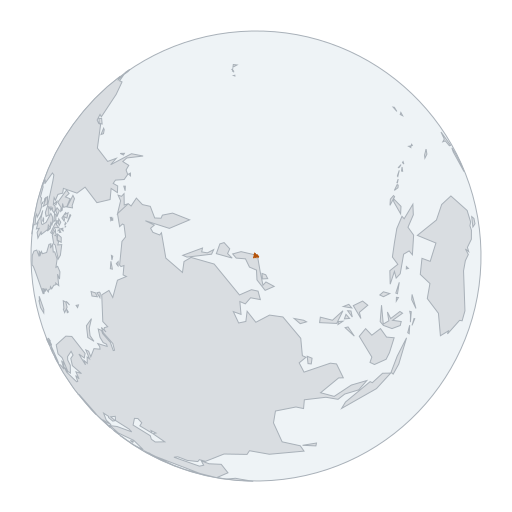 Chiba highlighted on a globe, orthographic projection, rotated 266°
{"feature_id": "JPN-1855", "entity_name": "Chiba", "entity_type": "Prefecture", "adm_level": 1, "iso_a3": "JPN", "parent_name": "Japan", "parent_adm1": "", "projection": "orthographic", "projection_center": [140.102, 35.49], "detail": "fine", "context": "on_globe", "style": "filled", "palette": "amber", "viewbox_px": 512, "rotation_deg": 266, "n_neighbors": 0, "source": "natural_earth", "source_scale": "10m", "svg_char_len": 12062}
<svg xmlns="http://www.w3.org/2000/svg" viewBox="0 0 512 512"><g transform="rotate(266 256 256)"><circle cx="256" cy="256" r="225" fill="#eef3f6" stroke="#a8b0b8"/><path d="M394.9,403.2L394.8,404.2L394.5,404.4L394.9,403.2ZM444.9,133.3L440.8,130.3L448.6,139.1L450.7,142.6L450.9,143.1L448.8,141.0L446.4,137.1L440.3,132.1L439.0,134.5L427.0,127.8L405.6,111.4L408.1,110.3L402.7,107.0L399.1,108.4L398.2,110.2L374.7,105.3L360.7,114.6L363.2,123.4L357.2,117.4L366.7,138.9L363.6,150.4L362.8,133.9L359.5,129.7L355.3,135.4L350.9,132.4L346.3,133.7L341.5,129.8L341.5,121.1L338.4,118.6L335.5,122.9L328.9,122.2L333.5,116.2L322.5,114.4L320.3,101.0L336.6,90.3L331.2,81.8L336.9,68.6L332.2,67.5L331.3,62.7L325.6,59.8L328.3,58.7L321.4,57.4L320.0,59.0L316.6,59.1L313.0,57.7L315.8,55.9L318.0,56.3L317.0,55.1L319.9,54.9L316.5,54.3L320.3,52.6L311.4,52.3L310.1,49.4L314.0,48.9L320.3,51.5L345.0,58.6L350.9,60.0L353.0,58.7L342.8,50.3L346.5,51.1L346.7,50.3L341.6,48.3L339.6,48.4L330.1,45.1L328.8,46.2L324.8,45.2L320.7,45.8L314.2,43.2L310.0,40.5L313.0,40.1L311.3,39.1L302.6,37.8L302.6,36.1L293.3,33.8L309.9,37.3L326.2,41.9L342.1,47.8L357.5,54.9L372.4,63.1L386.6,72.4L400.0,82.8L412.6,94.1L424.4,106.3L435.2,119.4L444.9,133.3ZM447.9,250.4L446.0,246.2L448.6,246.7L447.9,250.4ZM443.9,245.1L444.7,246.2L443.8,245.6L443.9,245.1ZM442.5,245.6L443.5,245.3L442.6,246.2L442.5,245.6ZM440.9,247.0L441.7,246.0L441.7,246.3L440.9,247.0ZM437.8,247.5L437.0,247.5L437.6,246.2L437.8,247.5ZM398.4,111.7L399.5,108.8L404.3,109.0L403.9,111.6L398.4,111.7ZM388.7,112.4L388.0,109.9L394.1,112.9L392.6,113.4L388.7,112.4ZM366.0,130.8L367.8,127.7L367.6,131.9L366.0,130.8ZM346.6,134.6L347.5,136.5L344.7,136.4L346.6,134.6ZM324.6,47.3L322.7,46.6L324.5,46.8L324.6,47.3ZM324.6,48.4L328.0,49.3L328.5,49.9L326.4,49.4L324.6,48.4ZM334.8,130.5L330.2,130.0L334.9,129.0L334.8,130.5ZM320.4,47.3L329.0,51.0L329.8,52.3L322.6,51.4L320.4,47.3ZM327.4,128.7L316.1,128.1L317.1,132.2L307.9,120.8L320.6,124.8L326.3,122.7L324.9,126.0L327.4,128.7ZM321.1,60.1L322.4,58.4L324.6,61.2L321.1,60.1ZM323.4,62.0L335.0,71.6L331.4,73.9L328.2,70.0L326.1,74.5L318.6,70.8L318.0,67.5L321.9,66.7L316.1,66.0L323.4,62.0ZM304.6,114.9L301.8,113.7L304.7,113.3L304.6,114.9ZM315.3,59.4L318.0,60.9L315.0,63.0L309.1,60.2L312.0,60.4L315.3,59.4ZM329.2,77.6L325.9,78.9L319.0,76.1L316.8,76.3L318.1,70.9L329.2,77.6ZM310.9,59.3L306.2,58.9L304.4,56.7L312.5,58.0L310.9,59.3ZM316.7,64.7L315.1,65.6L314.1,64.2L316.7,64.7ZM295.4,49.6L298.7,51.1L297.4,52.2L295.4,49.6ZM304.6,58.9L305.2,59.6L305.1,60.3L301.7,59.7L304.6,58.9ZM313.1,69.5L310.8,68.3L312.2,71.6L307.0,70.0L308.8,66.8L305.9,67.5L304.3,67.0L307.5,65.0L313.1,69.5ZM297.9,61.3L298.4,57.1L292.6,54.0L293.6,52.8L302.8,58.1L297.9,61.3ZM303.3,63.6L300.2,61.8L302.9,61.1L306.8,61.8L303.3,63.6ZM302.8,70.2L310.3,73.4L309.6,74.1L302.8,70.2ZM295.7,60.4L295.6,61.5L294.9,60.3L295.7,60.4ZM300.0,67.3L302.7,68.2L301.9,68.9L300.0,67.3ZM293.2,62.9L293.3,61.5L295.9,61.9L293.2,62.9ZM295.9,65.0L294.1,65.7L296.8,62.9L297.2,65.3L295.9,65.0ZM298.8,67.8L299.2,68.5L297.8,67.3L298.8,67.8ZM283.2,62.6L285.9,58.9L291.7,59.6L288.2,63.0L283.2,62.6ZM86.6,107.5L75.7,121.3L70.6,130.1L80.6,121.2L89.0,106.4L97.0,98.5L95.6,105.5L89.2,119.8L92.2,117.3L101.7,104.4L105.9,104.4L105.7,99.8L101.6,104.1L101.3,101.6L105.1,97.7L106.4,97.6L109.9,93.0L102.7,95.2L97.7,99.7L103.5,91.4L95.8,98.5L95.3,98.3L108.2,86.5L111.2,84.3L130.4,69.8L127.7,71.2L109.4,85.3L112.6,82.5L108.9,85.3L109.2,85.1L114.2,81.0L134.8,66.1L138.1,64.1L153.2,55.5L169.0,48.2L163.8,50.5L166.5,49.4L160.8,52.2L161.0,53.4L156.5,56.5L164.5,54.9L163.2,56.5L158.8,56.8L153.4,59.0L143.0,68.3L143.3,69.4L149.4,67.8L145.8,70.9L153.0,68.3L150.9,73.7L159.4,65.2L166.8,64.1L169.9,66.6L173.8,64.9L168.8,61.0L165.4,60.9L160.0,63.1L152.1,62.7L154.0,60.2L168.0,55.5L172.2,51.7L181.3,50.5L189.3,60.7L188.6,66.6L170.7,78.7L166.3,77.6L170.5,72.5L159.3,78.3L163.7,77.3L160.7,80.2L167.0,80.5L165.1,82.7L174.2,79.7L172.7,82.4L167.0,84.2L174.9,87.9L173.9,93.9L176.5,93.8L179.7,92.0L176.2,101.2L178.4,100.8L180.3,97.5L185.8,94.7L194.2,93.5L192.5,96.7L189.3,97.6L180.0,104.7L171.6,107.0L171.8,108.3L178.7,107.1L190.0,98.4L195.5,96.8L190.7,101.1L192.9,99.4L195.1,99.7L195.8,103.1L201.3,98.6L228.0,99.4L231.9,106.9L224.6,110.2L241.5,116.1L244.6,125.3L246.4,122.1L255.7,123.6L254.9,120.6L256.4,119.3L279.9,123.3L284.1,127.2L296.3,126.5L297.2,125.0L294.8,122.0L307.9,120.8L317.1,132.2L314.6,134.9L322.1,140.7L315.2,146.3L312.9,154.0L301.0,157.6L300.3,163.9L303.3,165.5L304.6,175.8L296.7,192.3L289.6,171.5L298.9,148.1L293.9,156.7L291.0,152.8L286.8,154.8L283.7,161.4L285.8,163.3L260.2,165.9L244.7,181.5L255.5,183.8L259.1,191.1L250.9,213.7L218.3,236.8L222.7,249.1L220.8,255.6L212.2,257.3L214.7,247.7L209.0,242.0L211.7,236.7L198.8,237.0L202.1,229.5L190.4,234.0L191.4,241.3L201.5,243.3L189.9,251.2L196.1,265.4L193.3,278.6L170.8,294.9L153.3,295.3L151.5,298.8L146.4,291.6L136.8,295.8L143.9,322.7L142.7,328.8L128.4,334.6L128.6,329.9L115.1,310.9L110.5,324.2L120.6,342.1L124.0,357.8L115.3,349.1L112.1,334.9L107.3,327.8L110.2,315.9L109.2,294.2L100.5,292.8L102.6,285.3L100.0,264.6L88.3,261.8L68.8,269.1L63.6,286.9L58.0,290.3L57.3,255.5L62.2,235.9L58.7,233.2L60.7,210.3L54.7,191.3L56.8,185.3L55.0,183.6L56.9,173.1L61.2,163.9L61.0,160.1L50.3,184.9L50.9,189.2L55.4,187.2L52.0,194.7L50.6,206.8L41.7,212.9L37.6,201.2L42.1,186.8L64.4,138.9L66.5,136.3L66.8,135.9L67.3,135.0L64.3,138.6L69.8,130.3L52.7,159.5L47.7,170.4L37.5,201.6L37.3,202.2L35.5,210.5L35.7,220.0L34.6,224.2L31.5,237.1L31.5,237.5L33.4,221.7L36.3,206.0L40.4,190.6L45.6,175.5L51.8,160.8L59.1,146.6L67.3,132.9L76.5,119.9L86.6,107.5ZM77.5,142.5L77.0,152.0L85.9,140.8L86.4,143.8L89.2,139.1L86.5,140.0L94.7,128.3L97.6,130.4L102.1,126.8L102.5,123.4L95.9,121.6L84.1,138.0L80.5,138.8L77.5,142.5ZM187.1,42.3L182.5,43.9L180.7,44.1L186.5,41.7L189.2,41.2L187.1,42.3ZM176.4,46.2L188.7,43.1L185.6,44.9L185.3,44.3L182.0,45.8L180.5,45.4L165.5,50.8L162.9,51.5L175.0,45.8L172.5,47.0L177.2,45.2L176.4,46.2ZM225.7,36.9L231.0,36.9L217.4,40.6L214.0,40.3L219.6,37.5L226.9,36.3L225.7,36.9ZM306.0,45.7L308.9,46.4L308.1,46.8L305.0,46.4L306.0,45.7ZM297.1,50.2L292.4,43.2L295.5,43.5L289.1,39.7L294.8,39.3L298.7,41.7L298.3,38.8L304.1,40.8L302.9,39.0L311.2,44.3L316.4,46.5L308.4,44.1L303.1,44.3L302.3,45.1L304.2,49.0L312.8,54.3L308.9,55.8L303.8,55.5L301.1,54.5L304.5,53.7L298.5,52.9L301.4,51.0L297.1,50.2ZM246.7,58.4L251.7,56.7L240.2,57.2L242.9,54.3L241.4,54.5L240.8,52.2L237.5,49.9L239.7,48.8L237.4,48.4L237.0,47.1L234.6,46.3L237.8,44.3L235.2,43.2L238.2,42.9L232.8,41.8L238.2,41.8L238.2,40.4L232.9,41.1L255.9,34.8L261.3,33.1L262.8,31.9L272.0,32.8L276.4,34.8L277.2,37.7L270.7,39.6L276.0,40.0L274.5,41.1L270.9,40.4L275.5,42.3L273.2,43.1L274.1,47.4L282.0,50.3L282.5,52.2L278.2,51.5L281.7,53.9L274.1,54.0L274.2,55.5L266.9,57.4L258.6,55.6L259.5,57.4L253.9,59.3L246.7,58.4ZM280.9,63.0L270.4,60.9L266.8,58.5L281.1,56.4L282.0,55.1L291.1,54.2L296.1,57.8L293.1,57.7L291.3,58.4L290.4,57.0L289.8,58.7L285.6,58.7L283.9,60.1L280.9,59.0L280.9,63.0ZM131.2,68.5L130.2,69.1L131.2,68.5ZM157.8,57.8L156.7,59.1L154.9,59.8L153.7,59.7L157.8,57.8ZM212.9,61.2L216.4,60.1L217.0,60.7L224.8,60.6L223.4,63.0L218.1,64.0L212.9,61.2ZM79.7,120.6L78.7,120.2L80.6,117.7L80.5,118.3L79.7,120.6ZM92.1,101.7L87.3,107.3L91.5,102.3L92.1,101.7ZM212.6,63.8L216.0,63.4L213.2,64.9L212.6,63.8ZM222.7,64.8L220.1,66.6L224.1,63.3L222.7,64.8ZM175.9,406.8L182.6,409.3L182.4,410.0L175.9,406.8ZM168.9,402.0L176.3,404.5L167.8,403.4L168.9,402.0ZM179.2,405.4L186.8,406.0L190.1,405.5L189.6,407.0L179.2,405.4ZM163.9,400.5L138.3,390.9L128.6,384.6L130.5,382.6L146.3,389.9L163.9,400.5ZM129.8,382.2L115.3,366.9L98.0,330.8L104.1,335.1L122.7,361.1L121.5,363.2L130.2,374.1L129.8,382.2ZM166.0,380.6L164.8,388.1L150.3,382.4L143.9,378.6L139.5,366.6L141.9,362.3L147.1,364.5L168.7,353.4L175.9,360.3L168.9,366.0L174.9,375.1L166.0,380.6ZM63.9,289.2L65.2,303.3L62.4,302.5L63.9,289.2ZM178.8,342.9L169.2,348.5L178.3,339.9L178.8,342.9ZM184.9,333.7L184.9,338.2L181.9,333.0L184.9,333.7ZM150.1,304.8L144.5,303.6L145.0,300.4L152.4,300.1L150.1,304.8ZM191.0,289.7L188.6,299.0L186.8,301.8L185.4,295.4L191.0,289.7ZM205.0,87.5L195.7,84.6L188.1,84.9L182.2,88.4L186.5,82.5L198.3,82.0L205.0,87.5ZM225.3,97.4L230.4,94.8L230.9,97.2L229.8,98.1L225.3,97.4ZM226.4,94.9L227.5,89.6L232.1,89.0L230.4,93.3L226.4,94.9ZM219.6,75.5L217.0,74.4L219.3,73.1L219.6,75.5ZM346.1,460.0L350.3,458.9L344.4,462.2L335.6,466.1L325.7,469.4L346.1,460.0ZM272.9,476.7L269.8,474.4L280.3,473.9L278.3,476.0L272.9,476.7ZM352.5,456.6L357.6,452.9L356.9,450.3L359.5,452.0L366.8,449.2L352.8,457.9L352.5,456.6ZM226.7,462.0L186.7,460.6L177.0,457.1L177.6,454.6L164.9,441.6L167.9,442.8L163.6,434.4L186.1,434.0L201.6,423.9L216.4,427.6L226.2,418.6L242.1,421.4L238.5,429.4L256.4,436.4L265.3,418.4L279.3,438.5L294.4,444.8L302.3,454.6L286.7,469.8L274.9,472.5L271.3,471.5L266.7,472.7L257.7,472.0L249.9,467.5L245.5,468.5L248.4,465.4L242.7,467.9L236.7,464.5L226.7,462.0ZM341.8,431.3L344.9,431.2L350.8,433.1L345.7,433.6L341.8,431.3ZM387.1,409.7L389.1,410.5L385.7,412.1L387.1,409.7ZM394.5,404.4L390.4,406.6L394.9,403.2L394.5,404.4ZM354.8,418.2L356.6,419.0L355.4,419.7L354.8,418.2ZM353.4,418.0L354.8,415.9L355.0,417.8L353.4,418.0ZM337.4,409.9L339.0,408.6L339.9,409.3L337.4,409.9ZM192.5,411.9L201.5,408.3L206.8,409.0L192.5,411.9ZM334.6,407.9L330.3,408.2L330.6,407.1L334.6,407.9ZM334.6,405.3L334.0,403.8L337.1,407.1L334.6,405.3ZM326.0,402.6L331.5,404.9L325.4,403.0L326.0,402.6ZM322.9,403.2L319.1,402.2L319.3,401.7L322.9,403.2ZM282.8,406.4L296.7,416.1L286.1,415.8L274.1,409.6L265.8,414.7L246.3,412.1L250.4,409.1L247.5,403.4L228.2,398.6L224.2,394.3L230.9,393.0L218.5,387.9L232.0,388.5L237.8,396.9L245.5,392.0L259.5,395.0L273.6,398.4L285.4,404.4L282.8,406.4ZM232.6,405.0L235.0,405.3L233.0,407.2L232.6,405.0ZM311.8,398.6L317.4,401.8L316.8,402.8L314.2,402.4L311.8,398.6ZM288.0,403.2L300.5,397.2L303.6,397.2L295.4,404.1L288.0,403.2ZM297.2,393.2L303.3,394.0L306.7,397.4L305.5,398.4L297.2,393.2ZM205.0,393.2L204.6,395.2L201.2,392.8L205.0,393.2ZM209.3,392.9L219.8,397.1L208.5,394.5L209.3,392.9ZM179.2,378.2L182.1,384.0L191.0,383.2L184.2,386.0L190.6,395.7L188.7,398.2L182.3,387.8L180.5,396.3L176.6,395.0L174.1,386.6L177.9,378.2L181.9,375.3L198.2,377.8L179.2,378.2ZM209.2,386.8L206.5,380.3L208.5,376.8L211.4,380.6L209.2,386.8ZM199.1,364.1L192.6,355.2L186.3,356.3L199.7,349.6L203.6,359.2L199.1,364.1ZM194.5,346.9L188.4,347.8L195.0,343.6L194.5,346.9ZM187.2,345.0L187.1,339.8L191.5,341.7L187.2,345.0ZM197.5,347.9L199.5,339.6L201.3,345.2L197.5,347.9ZM186.6,327.8L195.3,338.9L183.1,331.8L185.1,314.8L190.5,315.9L186.6,327.8ZM232.6,266.1L232.7,260.8L238.2,260.8L236.6,264.4L232.6,266.1ZM256.5,257.4L239.8,259.1L226.4,260.9L229.4,264.1L224.4,272.0L221.1,262.7L232.1,255.3L241.9,255.5L245.4,248.7L253.9,245.3L255.3,236.1L259.7,232.9L261.4,241.4L256.5,257.4ZM255.6,232.1L261.1,216.6L270.6,220.8L271.6,225.1L265.0,230.3L260.4,227.8L255.6,232.1ZM265.3,214.2L260.9,211.8L259.7,187.1L261.8,183.0L267.7,203.2L263.9,202.1L262.5,207.7L265.3,214.2ZM301.6,115.6L301.8,113.8L303.4,115.7L301.6,115.6ZM255.7,117.7L258.1,116.1L260.0,118.1L255.7,117.7ZM265.8,113.1L262.0,112.0L266.7,111.8L265.8,113.1ZM253.5,109.8L260.9,110.9L252.9,111.8L253.5,109.8Z" fill="#d9dde1" stroke="#a8b0b8" stroke-width="1"/><path d="M258.4,255.0L258.5,255.0L258.4,255.2L258.2,255.1L257.8,255.2L257.6,255.4L257.2,255.7L257.0,256.0L256.9,256.4L257.0,256.6L257.0,256.9L257.0,257.1L256.9,257.2L256.7,257.3L256.4,257.5L256.2,257.5L256.1,257.4L256.0,257.5L255.9,257.7L255.7,257.8L255.6,258.0L255.4,258.3L255.2,258.3L255.1,258.2L254.9,258.1L255.0,258.0L255.3,257.9L255.2,257.9L255.2,257.7L255.1,257.4L255.1,257.2L255.2,256.9L255.1,256.7L255.2,256.4L255.3,256.5L255.4,256.4L255.4,256.2L255.5,256.2L255.8,255.9L256.0,255.8L256.0,255.7L255.9,255.7L255.8,255.4L255.7,255.3L255.4,255.3L255.5,255.4L255.4,255.5L255.3,255.4L255.2,255.4L255.3,255.3L255.3,255.2L255.2,254.9L255.3,254.6L255.2,254.4L255.1,254.2L255.0,253.9L254.9,253.7L255.0,253.7L255.2,254.0L255.5,254.2L255.6,254.3L256.1,254.6L256.3,254.6L256.7,254.6L256.8,254.6L256.9,254.4L257.1,254.4L257.4,254.4L257.5,254.4L257.7,254.6L257.8,254.6L258.1,254.9L258.2,255.0L258.3,255.0L258.4,255.0Z" fill="#f59e0b" stroke="#b45309" stroke-width="1.5"/></g></svg>